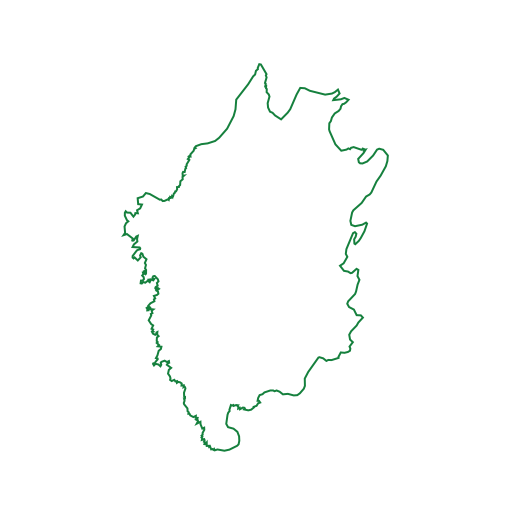 the district of Muang Sam Sip, Ubon Ratchathani, Thailand, rotated 216°
{"feature_id": "78962969B95982372306195", "entity_name": "Muang Sam Sip", "entity_type": "district", "adm_level": 2, "iso_a3": "THA", "parent_name": "Thailand", "parent_adm1": "Ubon Ratchathani", "projection": "equal_earth", "projection_center": [104.738, 15.526], "detail": "fine", "context": "isolated", "style": "outline", "palette": "green", "viewbox_px": 512, "rotation_deg": 216, "n_neighbors": 0, "source": "geoboundaries", "source_scale": "gbopen_adm2", "svg_char_len": 6096}
<svg xmlns="http://www.w3.org/2000/svg" viewBox="0 0 512 512"><g transform="rotate(216 256 256)"><path d="M129.3,222.1L130.0,222.9L130.7,227.8L127.5,229.7L125.2,232.4L124.3,234.6L125.3,236.6L127.1,237.7L127.0,243.2L130.8,243.7L134.3,247.1L134.8,251.0L133.7,258.9L134.1,262.3L133.3,269.0L136.3,269.6L139.8,267.3L145.3,270.2L150.7,269.4L154.1,271.0L154.8,273.5L153.5,283.5L154.2,286.1L157.0,292.6L158.3,297.5L162.1,299.4L165.0,304.9L167.1,304.7L168.4,298.8L169.4,297.7L172.4,297.5L176.1,295.7L182.3,297.5L180.8,301.6L181.6,309.0L184.6,310.5L186.9,314.7L190.9,331.5L190.0,333.4L187.9,333.0L186.7,330.2L186.4,327.2L183.7,323.9L182.6,323.9L181.7,328.7L181.8,332.1L182.8,339.7L185.2,347.5L186.6,347.7L188.4,343.8L193.4,338.3L197.2,337.2L200.3,339.9L203.8,347.7L204.1,350.2L201.7,361.0L201.9,368.8L200.2,372.6L200.0,375.1L202.3,387.1L202.4,394.3L203.7,404.9L205.5,410.0L208.4,414.8L215.5,416.7L219.4,415.2L220.6,413.2L220.3,406.1L221.6,397.8L224.2,393.5L226.2,392.2L227.9,392.3L230.4,394.6L229.5,402.4L229.8,406.4L230.7,405.2L231.0,406.1L232.8,405.6L232.7,404.2L233.5,403.8L241.0,401.5L242.7,399.4L242.7,397.7L244.5,397.3L245.3,395.3L248.9,391.3L257.4,393.0L269.8,400.2L271.3,401.4L274.7,406.5L274.7,409.1L276.0,412.7L276.1,417.6L274.4,421.9L274.2,424.8L275.2,427.1L275.3,429.7L274.2,430.9L273.4,433.3L273.0,436.8L277.4,435.8L279.4,432.7L285.1,427.5L285.4,429.2L284.4,432.3L283.9,436.6L287.5,438.8L288.5,435.0L290.0,432.1L294.9,427.2L309.6,421.3L315.1,420.4L319.0,418.0L318.1,410.6L314.6,394.9L314.6,390.6L316.0,381.3L323.2,380.9L326.8,381.6L329.5,381.0L333.5,383.2L336.4,386.5L338.8,392.9L340.6,394.2L343.7,394.8L345.4,397.4L346.5,397.6L347.7,399.5L348.3,398.8L349.3,401.0L350.4,401.2L352.4,406.7L354.2,407.9L354.4,409.3L364.6,413.8L366.1,413.1L365.1,409.1L364.3,408.3L364.9,405.8L363.4,402.3L363.9,399.7L363.3,390.3L363.9,370.9L358.8,362.6L356.3,356.0L354.2,342.0L355.3,330.0L356.7,325.0L361.3,318.7L366.0,314.3L369.2,309.5L369.3,307.7L368.3,307.7L369.0,306.2L368.3,304.6L368.8,299.6L367.5,298.0L368.7,297.6L369.0,296.8L367.9,296.1L368.1,294.4L366.4,294.5L366.0,289.4L365.1,288.3L365.4,286.8L364.2,286.0L364.4,284.9L363.1,282.0L364.4,281.2L364.1,279.8L362.4,277.8L361.5,278.7L361.9,276.7L360.4,275.0L361.1,272.0L359.1,268.8L359.4,267.0L359.0,266.5L360.4,265.3L359.0,263.6L358.7,261.3L359.3,260.8L358.8,259.2L359.2,258.3L358.2,255.6L358.8,255.4L358.4,254.7L359.1,254.9L358.7,253.9L360.1,253.4L359.3,252.6L360.2,251.9L359.7,250.5L360.2,250.7L360.0,250.0L360.7,249.9L362.4,246.8L363.8,245.6L365.9,246.0L366.9,245.0L378.4,243.7L382.1,242.2L382.4,237.7L385.7,233.2L381.8,228.7L378.5,230.6L377.7,226.4L379.1,223.1L376.7,221.1L378.8,219.8L378.2,218.4L378.3,215.8L383.0,217.2L385.9,215.3L387.7,215.6L387.5,213.9L385.8,211.5L381.4,209.1L379.7,209.0L380.4,206.1L379.7,202.6L375.5,197.8L375.4,195.0L373.3,197.9L366.0,197.7L365.2,195.8L364.6,196.0L364.1,196.7L364.3,201.4L363.5,202.8L362.2,199.8L360.5,198.0L361.6,193.6L361.1,190.7L355.2,194.5L354.2,194.2L353.8,193.3L355.5,191.0L355.7,189.4L355.8,183.5L354.9,182.2L353.6,182.1L353.4,183.5L349.0,182.9L348.5,187.2L350.1,188.3L350.5,190.8L349.2,191.0L346.7,189.2L342.7,189.0L341.8,185.0L339.8,184.1L338.5,180.8L336.7,180.1L334.6,177.1L334.7,176.2L335.8,176.2L337.4,178.3L337.7,177.8L336.8,177.1L337.8,176.2L336.5,175.2L336.6,173.3L334.5,172.9L333.1,171.5L333.2,169.6L334.6,168.5L333.3,166.1L332.2,166.6L331.9,168.7L329.9,169.3L329.0,172.4L326.6,172.3L326.9,174.2L328.5,174.2L327.4,175.3L324.8,175.9L324.8,177.6L326.2,176.8L327.1,177.9L327.2,179.3L326.2,180.3L321.8,179.5L320.0,178.2L320.3,175.9L318.1,174.2L318.9,171.8L318.6,170.8L317.6,170.4L316.5,172.4L315.2,172.4L316.1,169.5L314.4,169.6L312.8,168.1L313.2,166.3L315.1,163.7L312.6,162.4L313.1,160.9L311.6,159.7L313.6,155.7L313.9,152.2L313.3,151.4L313.9,149.7L312.8,149.4L312.0,148.1L311.0,149.0L312.1,151.1L311.9,152.1L311.2,152.1L310.7,150.8L307.7,152.4L308.3,150.4L306.2,148.9L307.0,147.3L305.8,146.3L305.0,140.9L300.7,139.3L298.4,139.4L297.7,135.7L296.0,136.1L295.8,134.6L294.7,134.5L295.5,133.5L293.7,132.6L291.2,133.0L290.9,133.9L291.5,135.7L291.1,136.5L289.9,134.4L287.7,133.9L288.3,131.9L286.4,128.9L285.0,128.6L285.2,127.3L282.2,127.0L282.4,125.2L279.2,127.0L278.3,124.9L279.0,122.1L277.3,117.6L276.9,114.6L275.3,115.2L274.8,114.6L275.1,111.3L274.7,110.1L276.0,108.8L275.9,108.2L274.2,107.5L273.9,109.7L271.1,110.9L268.5,110.6L268.7,112.3L270.3,113.6L270.3,114.7L268.4,117.6L265.7,117.9L264.7,119.8L263.5,118.6L264.3,117.5L264.2,115.6L258.9,115.6L259.6,112.7L258.0,109.1L254.8,108.0L253.3,106.8L252.7,105.3L250.7,105.3L249.3,107.8L247.4,107.1L246.4,108.3L245.4,107.0L244.8,108.5L243.1,109.2L241.2,109.2L240.1,107.4L238.5,108.9L237.6,107.4L237.3,108.4L236.2,108.1L235.2,107.3L233.9,103.1L231.7,100.3L230.7,100.4L230.2,99.7L230.6,98.8L229.7,98.6L229.9,97.9L228.7,96.9L228.0,94.6L227.0,93.8L221.9,92.4L220.1,90.2L218.5,90.0L218.0,88.6L216.9,89.2L215.5,88.4L212.0,88.9L210.7,91.3L209.7,89.7L208.1,90.7L207.8,89.9L208.3,88.4L207.6,88.5L207.3,89.4L205.8,88.3L205.4,85.5L203.5,89.2L202.0,87.3L198.0,84.8L197.0,86.6L195.7,85.0L195.2,81.4L194.2,80.2L194.4,78.7L193.4,78.6L193.4,77.1L192.4,77.0L191.7,75.4L189.8,78.1L190.2,76.8L189.0,76.3L188.9,75.1L187.7,75.2L187.2,73.5L186.4,73.9L186.3,76.2L184.2,73.4L182.5,74.8L181.8,74.1L181.5,75.1L178.6,73.2L177.8,74.2L176.6,74.1L176.5,75.3L175.1,74.6L173.5,76.8L167.1,79.9L163.7,83.7L159.7,91.4L159.4,93.4L160.9,96.7L163.7,100.2L167.7,102.8L172.7,103.1L178.0,101.1L181.4,102.7L185.7,110.8L186.4,113.0L186.2,115.1L187.1,115.9L188.7,120.7L187.5,120.9L186.8,122.1L186.0,121.6L184.4,123.8L182.9,124.6L183.0,123.8L181.5,123.5L180.7,122.1L179.9,123.6L178.9,122.6L177.5,125.7L176.1,126.4L175.3,126.0L175.4,124.9L171.5,126.6L169.6,128.8L168.7,132.2L169.2,132.6L167.5,135.1L167.7,138.1L166.5,139.9L168.5,140.6L169.6,139.8L170.8,142.4L171.3,145.6L169.5,148.0L169.0,150.6L165.4,155.6L163.1,157.3L161.5,157.5L160.3,159.3L157.1,160.1L152.9,159.9L149.2,163.2L143.5,165.4L140.8,167.7L139.8,170.7L139.3,176.7L140.1,179.7L144.5,185.5L145.6,192.9L145.8,210.5L145.2,211.4L141.5,212.7L137.4,212.5L136.4,214.4L133.7,216.2L129.3,222.1Z" fill="none" stroke="#15803d" stroke-width="2"/></g></svg>